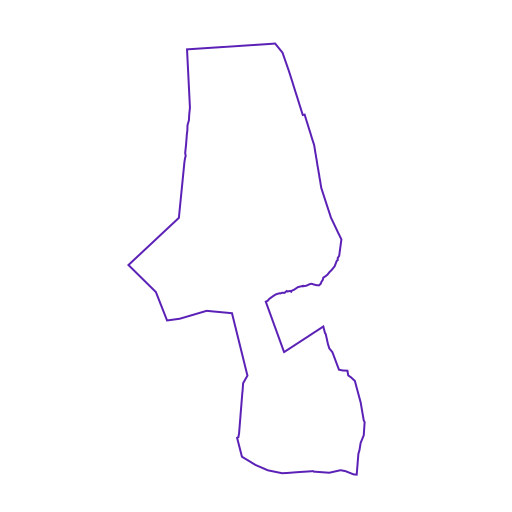 outline of San Juan Sayultepec, Oaxaca, Mexico, rotated 276°
{"feature_id": "50627088B209371934126", "entity_name": "San Juan Sayultepec", "entity_type": "district", "adm_level": 2, "iso_a3": "MEX", "parent_name": "Mexico", "parent_adm1": "Oaxaca", "projection": "robinson", "projection_center": [-97.293, 17.449], "detail": "fine", "context": "isolated", "style": "outline", "palette": "violet", "viewbox_px": 512, "rotation_deg": 276, "n_neighbors": 0, "source": "geoboundaries", "source_scale": "gbopen_adm2", "svg_char_len": 2041}
<svg xmlns="http://www.w3.org/2000/svg" viewBox="0 0 512 512"><g transform="rotate(276 256 256)"><path d="M281.4,339.2L286.4,336.1L286.5,336.0L294.2,331.3L302.2,326.4L304.1,325.6L313.2,321.5L330.1,314.0L330.7,313.7L331.3,313.6L334.1,312.8L334.5,312.7L338.3,311.7L340.1,311.1L342.1,310.6L343.7,310.2L344.7,309.9L345.1,309.8L346.6,309.3L348.0,309.0L348.6,308.8L353.1,307.5L358.1,306.2L359.3,305.8L362.4,305.0L365.1,304.2L367.7,303.5L368.5,303.3L372.5,302.2L379.7,299.0L382.6,297.8L385.2,296.7L387.9,295.5L393.3,293.2L396.0,292.0L401.7,289.6L401.1,287.8L413.7,282.3L415.6,281.5L420.4,279.4L423.3,278.1L432.9,274.0L442.9,269.6L445.7,268.3L461.0,261.1L462.2,259.9L466.2,255.9L469.3,252.8L468.5,248.5L454.3,165.8L396.6,174.8L390.6,174.8L389.5,174.8L384.0,175.1L378.9,174.2L373.7,174.6L369.9,174.5L363.4,174.7L359.2,174.8L350.9,174.8L348.4,175.6L345.5,175.2L342.3,175.0L285.9,175.3L233.7,130.1L209.7,160.2L182.6,174.3L185.6,186.6L196.3,212.6L196.6,238.1L195.2,238.6L136.1,260.0L128.2,256.5L121.4,256.7L121.1,256.8L118.8,256.7L77.7,257.7L74.0,257.4L73.2,256.2L54.9,263.0L48.1,277.4L44.1,290.2L42.7,304.6L42.8,305.2L43.5,309.9L45.2,318.9L48.0,335.3L47.6,336.0L48.1,351.5L51.8,362.5L51.4,367.4L49.0,376.0L49.1,379.0L69.9,378.5L73.8,379.2L81.0,379.6L89.0,381.9L102.1,381.4L103.9,380.3L121.3,375.4L137.6,369.1L142.1,367.4L145.3,363.1L146.9,360.2L151.5,358.9L151.5,358.7L151.2,354.4L151.6,350.4L167.6,342.4L168.5,341.9L171.7,338.6L175.8,336.8L185.7,333.5L186.5,332.7L192.9,330.3L163.4,294.0L163.7,293.8L211.6,270.5L212.6,272.2L215.0,273.9L215.4,274.4L218.4,277.8L220.1,280.1L221.4,283.3L221.3,284.2L222.2,285.7L222.3,288.2L224.4,290.2L224.0,291.1L224.8,293.5L224.2,294.7L225.0,294.9L226.6,297.6L229.4,300.9L231.2,305.8L230.8,305.9L231.7,309.2L232.7,310.8L233.7,312.6L234.2,314.1L233.9,315.5L233.3,319.0L233.4,321.7L234.0,322.2L235.0,323.2L237.2,323.8L239.2,324.9L241.5,325.2L243.2,327.3L245.0,329.1L247.6,330.7L249.6,332.4L254.0,335.3L259.6,336.8L260.5,337.7L262.6,337.5L264.8,338.7L281.4,339.2Z" fill="none" stroke="#5b21b6" stroke-width="2"/></g></svg>